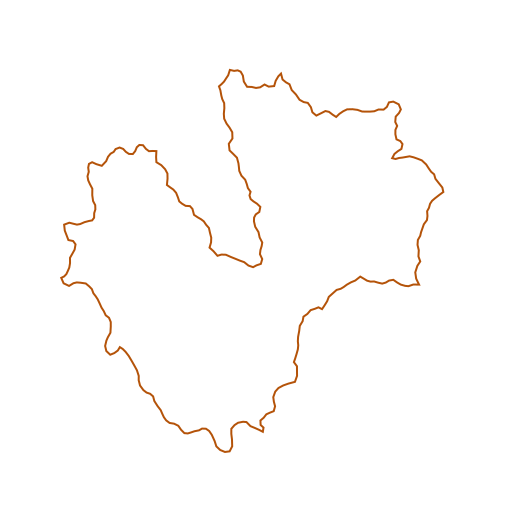 the district of Santa Maria de Itabira, Minas Gerais, Brazil, rotated 170°
{"feature_id": "56859067B20369647049217", "entity_name": "Santa Maria de Itabira", "entity_type": "district", "adm_level": 2, "iso_a3": "BRA", "parent_name": "Brazil", "parent_adm1": "Minas Gerais", "projection": "natural_earth1", "projection_center": [-43.042, -19.431], "detail": "fine", "context": "isolated", "style": "outline", "palette": "amber", "viewbox_px": 512, "rotation_deg": 170, "n_neighbors": 0, "source": "geoboundaries", "source_scale": "gbopen_adm2", "svg_char_len": 4561}
<svg xmlns="http://www.w3.org/2000/svg" viewBox="0 0 512 512"><g transform="rotate(170 256 256)"><path d="M445.3,259.0L440.5,260.9L437.1,261.1L433.6,260.2L428.4,258.5L425.5,255.0L423.4,251.9L422.6,247.5L420.9,244.3L419.4,240.8L418.2,236.4L417.1,232.0L415.5,228.2L414.3,223.7L411.5,220.7L410.5,216.2L411.3,211.6L412.7,205.7L416.0,201.7L418.0,198.7L420.2,193.6L419.9,188.4L416.7,184.1L412.4,185.0L408.5,186.9L405.9,189.9L403.4,187.6L401.1,184.3L398.7,179.7L396.4,173.6L394.7,168.8L393.1,164.1L392.3,158.3L393.1,154.0L392.7,148.6L390.2,143.5L387.5,140.5L384.2,138.7L381.7,135.6L381.3,130.8L379.0,125.3L376.6,120.7L375.7,116.9L374.7,113.2L373.0,109.7L370.1,106.6L365.8,105.1L362.0,102.3L360.0,97.9L357.3,94.0L354.0,93.1L350.8,93.5L347.0,94.1L342.4,94.2L339.1,95.4L335.3,94.6L332.5,91.8L330.6,87.6L328.9,81.1L328.1,75.4L325.0,71.2L320.6,68.4L315.9,68.2L312.5,72.7L311.5,79.5L311.2,85.1L310.3,90.1L306.5,93.2L302.6,94.9L297.5,95.0L294.2,94.1L291.0,89.4L286.9,86.8L283.2,84.3L279.8,81.7L278.4,85.7L280.8,88.8L280.2,93.2L276.5,95.4L273.3,98.3L269.5,99.3L265.5,100.1L263.3,104.7L263.7,109.4L263.5,114.0L260.6,119.1L256.8,122.1L251.6,123.8L246.2,124.7L239.5,125.3L236.4,130.8L235.7,135.0L234.8,140.3L237.1,144.9L235.3,148.1L233.1,152.4L231.0,156.8L229.9,160.7L229.6,164.7L228.6,169.0L226.5,174.6L225.0,179.6L221.4,183.7L219.8,188.0L215.5,190.0L211.6,193.2L207.1,193.8L203.4,194.6L200.2,192.2L197.3,195.2L193.8,199.1L191.4,203.1L187.2,205.7L182.5,208.6L178.3,209.0L175.1,210.2L171.5,212.0L167.0,213.6L162.5,214.6L156.9,217.6L153.4,214.6L150.9,212.4L147.7,210.9L144.1,210.4L140.3,208.5L136.5,206.9L132.8,207.3L129.2,208.7L124.9,208.7L121.5,205.3L118.4,202.7L114.3,200.7L111.1,199.8L106.0,200.6L100.4,199.5L102.2,205.9L102.0,212.2L98.8,218.3L95.2,222.1L96.1,227.4L94.7,233.4L95.0,238.9L93.8,243.7L90.8,247.3L89.3,250.8L87.6,253.8L85.2,258.1L81.4,261.7L80.2,265.6L79.7,270.4L77.3,273.4L75.5,277.2L73.0,279.8L69.8,281.7L64.9,284.3L60.4,286.5L60.6,291.1L63.3,296.0L65.9,300.9L66.4,305.5L68.9,308.5L70.6,312.1L72.5,316.6L76.1,321.4L79.9,323.7L83.6,325.8L87.4,327.5L91.2,327.5L94.7,327.5L98.1,327.7L101.7,327.3L104.9,328.7L101.9,332.5L98.1,334.6L94.2,336.2L92.3,340.8L93.9,344.1L97.4,346.5L97.6,351.7L96.8,356.0L94.4,359.6L95.6,363.8L94.2,369.0L90.3,372.0L87.9,375.2L89.1,380.6L94.0,384.2L98.4,384.2L101.2,380.1L104.9,378.0L109.9,379.0L114.4,378.0L118.6,378.4L121.9,379.0L126.3,379.8L130.7,382.3L135.5,383.8L140.8,384.6L145.0,383.4L149.2,381.5L152.9,379.0L156.0,381.9L159.1,385.3L162.5,386.7L167.1,385.3L172.2,383.8L175.5,387.7L176.1,393.0L178.4,397.8L182.3,399.3L186.0,402.3L188.6,408.1L192.0,413.2L193.2,419.3L196.3,421.8L199.2,425.2L199.7,431.3L202.8,429.1L206.2,425.1L208.6,420.2L214.1,420.6L217.8,423.4L222.6,421.4L226.8,421.5L230.8,423.2L235.4,424.2L237.7,429.9L237.6,436.0L239.1,440.2L241.8,442.0L245.4,442.1L249.4,443.8L252.0,438.8L254.5,436.2L257.2,433.3L260.0,431.3L263.0,429.5L262.3,425.3L262.3,420.2L262.0,416.4L260.8,412.1L261.5,407.1L263.0,401.6L263.5,396.7L262.0,391.5L259.8,387.1L257.9,382.0L258.8,375.8L263.3,371.2L263.7,364.6L260.8,360.6L257.7,356.1L257.2,350.3L257.4,346.5L257.7,342.7L256.4,337.6L253.4,333.0L252.6,328.5L252.2,324.3L250.2,320.2L251.9,316.8L251.4,313.0L249.0,310.2L245.9,307.3L243.2,303.6L245.1,298.8L249.0,297.0L251.2,294.2L252.0,290.5L251.7,284.9L249.4,279.1L249.2,273.6L247.5,268.2L248.7,264.8L250.6,261.1L251.8,257.1L250.4,251.9L252.6,247.4L257.2,246.7L260.8,245.5L265.1,247.9L268.7,252.0L272.6,254.2L276.4,256.6L280.9,259.4L285.5,262.5L289.8,263.4L293.9,262.9L297.1,268.2L300.3,272.3L297.9,277.2L296.9,281.8L297.3,287.0L297.5,291.8L299.7,295.4L301.4,299.2L303.7,301.7L306.8,304.3L309.9,307.3L310.4,313.4L312.4,316.6L316.6,317.6L319.8,320.4L322.1,323.1L322.7,327.3L323.7,332.1L325.9,335.8L328.3,338.2L331.4,341.4L329.7,347.5L328.9,352.6L330.4,357.2L333.5,361.9L337.8,365.7L337.2,370.8L335.9,376.6L339.6,377.4L343.2,377.8L345.8,380.6L348.0,384.7L351.6,385.6L354.5,383.8L356.8,380.2L359.6,377.8L363.4,378.6L366.1,381.2L368.2,384.5L371.5,386.5L375.7,385.7L378.1,383.2L381.5,382.0L384.5,379.4L387.1,375.4L392.2,371.6L397.3,374.2L401.1,376.8L404.5,375.7L405.9,372.2L406.1,367.9L408.1,363.8L408.1,359.6L407.1,355.7L405.5,350.7L406.7,344.3L406.9,338.4L405.5,334.0L406.1,329.8L407.9,326.3L408.8,321.8L411.2,319.5L414.4,319.5L419.0,319.1L423.6,318.0L426.9,318.0L430.1,319.4L434.1,321.2L439.5,320.2L439.9,314.2L438.9,309.1L438.0,304.3L433.5,302.5L431.7,298.8L433.5,293.8L436.5,290.1L439.5,286.5L440.4,281.2L441.9,277.0L443.8,274.1L445.9,271.1L448.5,269.2L451.6,268.3L450.2,262.5L445.3,259.0Z" fill="none" stroke="#b45309" stroke-width="2"/></g></svg>